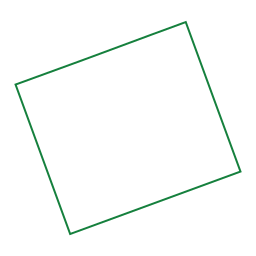 outline of Tama, Iowa, United States of America, rotated 70°
{"feature_id": "52423323B19470112440240", "entity_name": "Tama", "entity_type": "district", "adm_level": 2, "iso_a3": "USA", "parent_name": "United States of America", "parent_adm1": "Iowa", "projection": "robinson", "projection_center": [-92.546, 42.08], "detail": "fine", "context": "isolated", "style": "outline", "palette": "green", "viewbox_px": 256, "rotation_deg": 70, "n_neighbors": 0, "source": "geoboundaries", "source_scale": "gbopen_adm2", "svg_char_len": 264}
<svg xmlns="http://www.w3.org/2000/svg" viewBox="0 0 256 256"><g transform="rotate(70 128 128)"><path d="M207.8,218.6L207.4,37.2L167.3,37.3L127.8,37.4L48.2,37.5L48.3,73.7L48.7,146.7L48.7,218.8L207.8,218.6Z" fill="none" stroke="#15803d" stroke-width="2"/></g></svg>